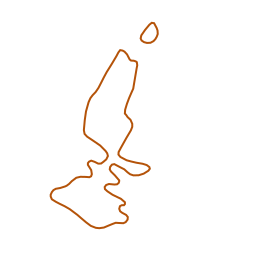 Sokh, Ferghana, Uzbekistan (Natural Earth projection), rotated 32°
{"feature_id": "79887680B62053175719936", "entity_name": "Sokh", "entity_type": "district", "adm_level": 2, "iso_a3": "UZB", "parent_name": "Uzbekistan", "parent_adm1": "Ferghana", "projection": "natural_earth1", "projection_center": [71.105, 40.075], "detail": "fine", "context": "isolated", "style": "outline", "palette": "amber", "viewbox_px": 256, "rotation_deg": 32, "n_neighbors": 0, "source": "geoboundaries", "source_scale": "gbopen_adm2", "svg_char_len": 1960}
<svg xmlns="http://www.w3.org/2000/svg" viewBox="0 0 256 256"><g transform="rotate(32 128 128)"><path d="M93.1,69.0L88.2,66.1L84.6,65.1L82.4,65.2L80.1,66.1L79.8,69.0L80.1,73.1L80.3,82.1L80.3,91.9L80.7,98.1L81.2,103.5L81.7,109.7L81.5,114.7L80.6,119.0L80.3,122.6L80.9,127.0L83.6,136.2L87.1,144.1L91.7,153.2L94.3,156.0L97.9,157.0L104.6,157.2L113.7,157.6L121.3,159.4L123.8,160.5L125.8,162.4L126.2,166.1L125.1,169.6L124.0,172.4L121.6,174.0L117.5,174.4L114.1,175.2L112.8,177.2L112.6,179.0L113.5,180.5L119.1,183.2L121.8,186.3L122.3,188.5L121.3,190.2L118.2,191.8L113.5,194.6L110.5,197.6L108.5,202.9L107.7,206.6L106.6,209.4L105.7,210.8L102.3,214.8L99.0,217.8L97.7,220.2L97.4,222.7L97.8,225.6L98.8,227.1L101.2,228.8L106.0,228.8L110.1,228.5L115.7,227.9L121.6,227.7L131.1,228.5L135.5,229.2L142.4,230.2L148.3,230.7L153.6,229.7L156.7,228.2L160.3,225.2L163.4,220.8L165.7,217.6L167.8,214.9L170.6,213.4L174.5,211.2L175.9,209.1L176.2,205.9L175.0,203.6L172.5,202.7L168.0,203.0L165.5,202.8L163.4,201.2L162.6,198.6L163.5,196.9L165.5,195.6L165.7,194.1L164.7,192.6L159.6,191.8L150.3,192.8L144.0,192.6L140.8,192.0L139.5,190.4L139.7,187.9L141.5,185.6L146.5,183.1L148.6,181.5L149.2,179.4L148.9,178.2L148.3,177.1L141.9,175.1L136.5,173.9L134.4,172.7L133.5,170.4L133.8,167.6L135.5,165.9L142.2,165.4L146.7,165.0L151.0,165.8L154.3,166.1L157.7,165.3L162.1,162.4L165.5,158.4L167.9,153.5L168.1,151.0L166.8,149.8L163.5,149.5L159.3,150.6L153.5,153.0L148.5,154.7L143.9,156.1L136.9,156.6L134.0,155.6L132.8,153.4L132.5,149.4L131.9,137.2L131.7,128.5L131.0,124.8L129.4,122.2L125.7,119.7L122.0,119.0L119.5,117.9L117.7,117.4L115.9,114.0L114.3,108.1L113.1,102.2L112.2,96.3L111.6,91.9L109.6,87.1L103.7,72.8L102.6,69.9L100.6,67.5L99.2,67.4L97.2,67.9L94.9,69.2L93.1,69.0ZM99.0,45.8L101.9,43.8L103.6,40.8L104.1,38.2L104.0,35.3L103.4,32.5L101.4,29.7L99.3,28.0L94.6,25.3L92.4,26.2L91.4,29.1L90.5,35.9L90.2,42.4L91.3,45.4L93.2,46.6L96.1,46.7L99.0,45.8Z" fill="none" stroke="#b45309" stroke-width="2"/></g></svg>